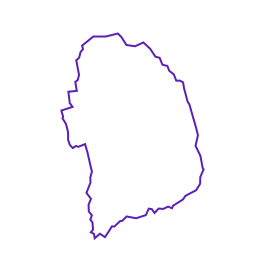 Florida, Puerto Rico (Natural Earth projection), rotated 343°
{"feature_id": "32010507B91189931708887", "entity_name": "Florida", "entity_type": "district", "adm_level": 2, "iso_a3": "PRI", "parent_name": "Puerto Rico", "parent_adm1": "", "projection": "natural_earth1", "projection_center": [-66.565, 18.375], "detail": "fine", "context": "isolated", "style": "outline", "palette": "violet", "viewbox_px": 256, "rotation_deg": 343, "n_neighbors": 0, "source": "geoboundaries", "source_scale": "gbopen_adm2", "svg_char_len": 1171}
<svg xmlns="http://www.w3.org/2000/svg" viewBox="0 0 256 256"><g transform="rotate(343 128 128)"><path d="M188.2,189.6L187.7,188.2L189.1,175.8L187.4,164.8L192.8,155.3L193.2,146.4L193.6,123.3L192.7,120.3L193.2,106.6L194.0,100.5L191.6,97.9L188.0,96.9L187.5,90.2L184.2,85.4L183.8,80.2L179.4,77.5L178.8,70.2L175.1,67.8L172.3,58.6L167.7,50.7L158.7,51.9L150.8,48.2L148.2,38.9L145.9,34.7L133.3,34.0L121.5,30.4L108.2,35.8L108.0,39.5L104.9,41.4L101.8,46.5L98.3,48.1L96.7,62.9L94.0,67.4L91.1,68.5L89.9,77.5L81.6,75.9L79.6,87.1L81.1,91.6L69.5,91.8L69.3,93.3L69.3,98.0L68.2,99.6L69.9,105.9L69.5,114.2L67.3,121.8L67.4,127.1L69.3,131.0L73.1,130.0L75.1,131.5L82.2,130.8L82.1,139.6L80.9,155.7L80.8,159.1L77.6,164.1L76.1,169.3L69.3,177.9L71.9,184.9L67.9,189.8L66.1,196.4L67.9,201.0L65.2,204.6L66.4,207.8L64.9,214.9L62.0,216.9L64.5,219.3L63.9,223.7L70.2,220.9L74.1,225.6L79.8,220.9L83.8,217.4L86.2,218.2L93.3,214.7L95.3,215.1L100.8,212.2L109.4,216.7L119.6,216.5L124.3,211.2L127.0,212.5L128.6,217.0L133.7,214.0L138.1,215.7L143.3,214.9L146.7,217.6L148.4,215.5L159.7,212.4L163.0,209.7L175.0,207.4L180.7,202.4L182.7,196.2L188.2,189.6Z" fill="none" stroke="#5b21b6" stroke-width="2"/></g></svg>